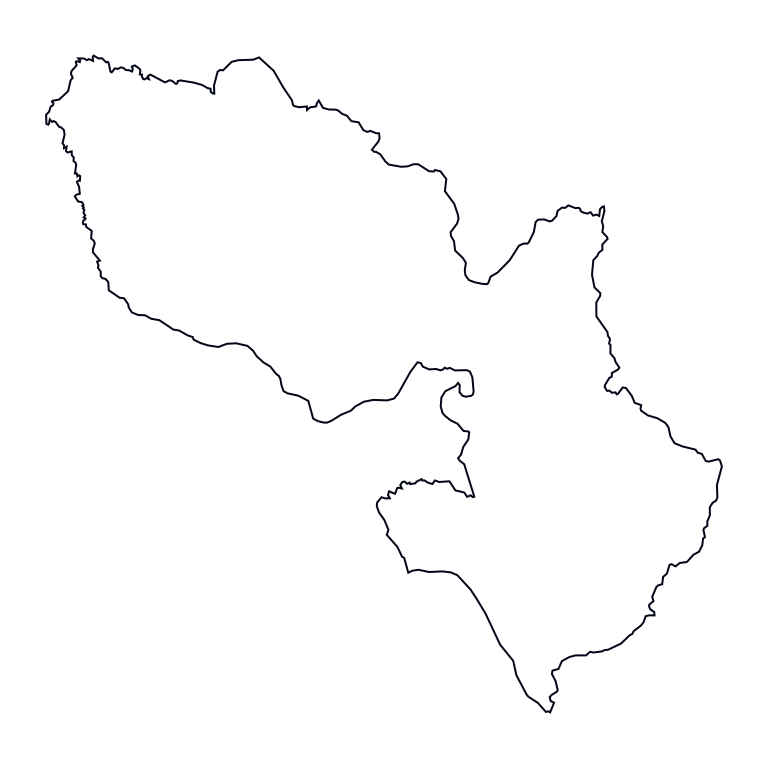 Quípama, Boyacá, Colombia
{"feature_id": "7082276B17110786625118", "entity_name": "Quípama", "entity_type": "district", "adm_level": 2, "iso_a3": "COL", "parent_name": "Colombia", "parent_adm1": "Boyacá", "projection": "albers", "projection_center": [-74.197, 5.549], "detail": "fine", "context": "isolated", "style": "outline", "palette": "ink", "viewbox_px": 768, "rotation_deg": 0, "n_neighbors": 0, "source": "geoboundaries", "source_scale": "gbopen_adm2", "svg_char_len": 5968}
<svg xmlns="http://www.w3.org/2000/svg" viewBox="0 0 768 768"><path d="M408.3,572.7L412.4,570.7L418.5,569.8L429.1,572.0L442.3,571.4L450.9,572.4L457.3,575.2L470.3,589.2L476.5,598.6L485.4,613.3L500.2,644.8L513.2,660.8L516.4,675.2L526.5,694.4L528.4,696.7L537.9,702.9L545.9,711.9L548.5,711.3L550.1,712.4L554.1,702.7L550.7,701.1L549.7,697.2L551.4,695.1L557.1,691.5L557.7,689.8L555.5,680.9L551.9,674.0L552.5,670.6L558.5,668.9L561.9,661.1L569.4,657.0L575.6,655.4L586.1,655.4L590.0,651.8L593.5,652.5L602.0,651.4L604.2,650.2L608.2,649.7L621.1,643.5L629.4,635.5L632.4,633.8L633.6,631.2L640.8,625.7L643.7,622.0L645.6,616.2L649.3,615.3L654.5,615.4L654.2,612.0L650.6,609.6L649.1,606.7L649.2,604.7L653.5,601.1L652.2,596.8L656.4,587.0L658.0,585.4L662.2,584.2L663.1,576.9L666.9,573.6L669.5,564.9L671.6,564.2L675.5,566.4L679.7,563.0L686.9,562.0L693.6,554.6L699.0,551.7L702.3,545.2L703.1,538.4L705.0,537.1L703.4,529.8L704.3,528.0L707.3,525.9L707.3,521.4L709.9,515.4L709.8,507.3L712.6,502.8L716.0,500.7L717.4,497.5L716.9,485.2L721.9,466.3L720.0,460.5L718.3,459.2L708.7,461.6L705.8,461.0L701.8,453.9L697.9,452.8L695.4,449.6L682.4,446.4L674.5,443.2L670.5,436.5L668.4,427.1L665.2,422.8L657.3,418.2L647.9,415.4L641.1,410.7L640.5,408.6L641.2,405.2L634.7,402.8L631.8,395.9L625.9,388.0L622.7,387.5L617.9,393.9L616.7,394.3L615.5,392.4L611.8,392.7L609.4,390.6L607.0,390.9L604.7,387.0L605.0,385.1L609.3,377.9L611.8,376.7L611.9,373.0L617.8,369.7L619.4,367.8L615.5,361.8L614.4,358.1L610.4,353.4L610.5,345.1L609.1,343.6L610.0,339.1L607.9,335.7L607.5,332.2L596.4,316.4L596.3,302.5L600.2,295.8L600.3,293.1L594.5,287.4L592.0,274.8L593.3,260.2L597.4,255.8L598.8,252.7L602.4,249.9L602.3,244.5L607.6,238.9L607.0,237.0L602.4,232.1L603.2,226.1L601.8,221.3L604.4,211.1L603.9,206.5L602.1,206.9L600.0,209.2L599.2,216.0L596.5,214.6L593.1,215.6L590.6,212.2L587.5,213.6L583.0,212.5L580.7,211.2L580.2,209.1L578.7,207.8L575.4,208.1L568.3,205.4L565.4,207.8L561.9,207.7L557.5,211.0L556.5,216.0L552.1,220.7L549.6,221.4L544.2,219.4L537.9,219.7L535.6,222.2L533.9,231.9L528.9,242.1L527.5,243.6L523.8,243.5L519.0,245.6L509.8,260.1L497.5,272.6L490.6,276.6L488.2,283.2L487.1,284.1L482.5,283.9L474.8,282.3L468.9,280.1L465.4,275.2L464.8,270.2L465.9,262.8L463.1,258.3L455.1,250.5L454.0,241.2L451.0,235.9L450.6,232.2L457.0,223.7L458.5,218.9L458.0,215.1L454.3,203.9L444.9,191.2L446.3,179.0L440.4,171.3L434.9,170.0L433.9,171.5L429.0,171.2L418.3,164.3L413.6,164.2L407.8,166.3L401.5,166.8L388.8,164.6L385.4,161.5L380.2,154.2L375.9,151.8L374.4,151.9L371.9,149.8L378.6,141.2L379.6,138.3L379.0,133.3L376.1,133.2L370.5,130.9L367.4,131.9L363.4,130.2L358.6,122.3L351.5,121.2L346.9,115.7L342.1,113.8L338.3,110.6L335.7,109.6L328.8,109.5L322.9,107.8L318.8,100.5L316.8,103.3L316.1,106.4L310.1,107.4L307.0,110.0L306.9,106.5L299.0,107.2L294.2,106.1L293.0,104.8L291.9,100.2L283.3,87.5L273.7,70.8L259.0,57.4L253.3,59.7L238.3,60.2L231.7,61.8L223.1,70.3L220.0,70.0L217.6,71.7L214.0,85.6L214.3,93.6L213.4,93.7L210.9,92.1L210.5,88.7L207.6,88.1L202.2,85.0L193.8,82.6L180.3,80.4L177.7,81.2L177.3,83.4L175.9,83.9L171.9,80.8L169.6,80.3L165.0,82.4L150.4,74.6L147.7,76.3L148.9,79.1L146.4,78.1L144.5,79.4L143.3,79.1L141.9,76.6L142.0,74.6L139.8,74.4L140.4,70.3L139.6,68.9L134.9,65.4L131.8,66.5L132.8,69.2L132.1,71.5L128.7,70.1L125.9,70.1L123.4,67.9L120.8,67.4L117.9,68.9L114.8,68.4L111.8,72.3L110.5,71.7L108.6,62.7L107.6,61.8L106.2,62.4L101.9,58.2L98.6,58.5L93.7,55.6L92.7,56.8L93.1,60.9L88.9,59.1L87.0,60.2L84.0,58.5L78.3,58.4L80.1,60.4L79.8,62.1L77.3,61.2L75.8,61.7L76.6,65.4L71.4,71.2L71.0,74.0L72.7,77.8L70.6,80.4L68.1,91.2L59.2,99.5L52.3,100.9L52.0,101.9L53.5,103.3L53.0,105.2L50.7,106.6L49.1,111.7L46.1,114.8L46.4,123.9L48.3,124.6L48.9,123.8L49.8,119.4L51.9,121.9L53.5,121.1L55.5,121.9L59.3,127.0L61.1,127.4L63.8,129.9L64.6,134.5L62.5,143.4L64.1,145.3L64.0,148.1L66.6,146.6L65.9,150.9L67.6,152.5L71.7,151.4L71.8,155.2L73.8,157.6L73.5,160.9L75.8,163.2L76.2,165.0L74.9,173.4L76.8,173.4L77.4,176.4L79.1,175.3L80.2,176.1L79.9,180.8L78.3,180.6L76.9,181.8L79.1,187.0L79.8,193.8L76.3,194.7L74.8,196.4L78.1,201.5L81.8,202.1L83.3,204.3L83.4,205.4L82.3,206.0L83.8,207.5L83.0,208.5L84.3,209.8L83.5,212.9L85.2,215.4L83.7,217.4L85.5,218.2L85.5,219.1L83.4,220.5L82.8,223.0L83.3,224.2L85.8,224.4L86.3,227.0L91.7,230.9L91.1,238.3L93.9,241.0L94.8,243.5L92.9,249.0L93.0,252.4L99.9,260.6L97.1,261.6L98.5,265.4L97.9,267.7L100.7,271.6L100.8,276.3L102.3,278.2L105.5,278.9L108.3,282.1L108.8,290.3L119.7,297.8L123.5,298.1L124.9,299.4L128.2,304.3L128.7,307.4L131.8,312.4L138.2,315.0L145.1,315.3L151.3,318.8L159.4,320.2L173.4,329.6L179.1,330.5L187.7,335.4L192.8,337.1L193.6,339.6L200.6,343.1L208.0,345.4L218.4,347.0L226.9,343.8L236.2,343.3L247.5,345.9L253.1,350.7L256.8,356.4L263.7,362.6L270.4,366.6L276.1,373.9L278.7,375.8L280.3,378.7L281.6,385.8L283.6,391.1L287.4,393.3L298.3,395.7L308.3,400.9L313.2,418.6L317.8,421.1L323.9,422.6L327.0,422.6L331.0,421.0L341.2,414.7L351.0,410.6L355.2,406.5L364.0,401.7L373.3,399.9L387.1,400.4L394.0,398.6L398.0,393.9L410.2,372.2L417.5,362.3L420.9,363.1L422.9,366.7L429.2,369.4L436.0,369.0L440.5,370.3L443.0,369.5L444.7,367.7L447.1,368.8L449.7,367.8L454.9,370.4L467.1,370.2L470.0,371.7L472.4,377.5L473.6,391.3L473.0,394.4L471.0,395.9L465.5,396.7L462.5,395.7L459.5,392.2L459.7,385.0L458.1,382.9L455.5,386.1L445.3,391.2L441.4,397.5L440.7,406.5L442.5,412.9L444.6,415.5L450.5,420.3L457.5,423.7L463.5,430.9L468.4,431.5L469.2,432.4L468.3,439.4L463.2,447.1L461.1,454.5L458.1,458.2L459.5,460.5L464.2,464.2L474.3,496.7L472.7,497.1L470.6,495.3L467.2,496.9L464.2,492.5L455.4,490.4L449.4,481.3L439.0,482.0L435.0,480.4L432.4,484.0L428.0,482.7L424.4,480.4L422.3,480.5L421.7,479.1L416.5,481.7L415.3,483.3L410.1,484.1L409.7,482.6L407.2,483.8L404.7,481.6L402.4,482.0L400.3,485.0L401.9,488.5L398.1,487.6L397.2,488.2L395.0,493.8L389.1,491.3L388.0,495.0L389.8,498.3L385.4,498.4L381.5,497.3L377.1,502.6L376.8,506.3L379.0,512.5L384.3,519.9L388.4,529.7L386.8,534.9L397.4,546.9L402.0,556.6L404.2,558.0L408.3,572.7Z" fill="none" stroke="#020617" stroke-width="2"/></svg>